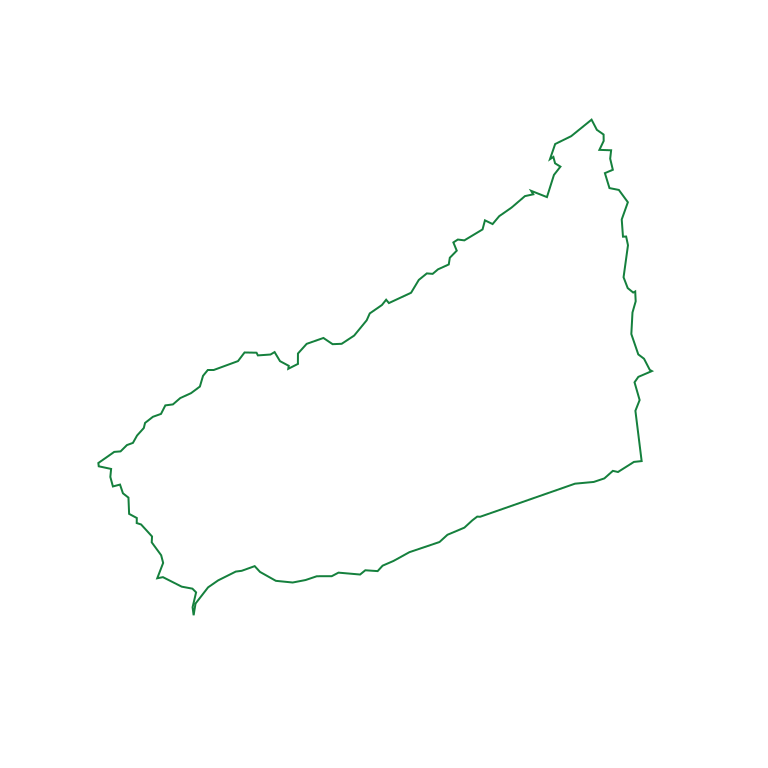 the district of Sabana Grande, Puerto Rico, rotated 249°
{"feature_id": "32010507B75385712317101", "entity_name": "Sabana Grande", "entity_type": "district", "adm_level": 2, "iso_a3": "PRI", "parent_name": "Puerto Rico", "parent_adm1": "", "projection": "equal_earth", "projection_center": [-66.935, 18.087], "detail": "fine", "context": "isolated", "style": "outline", "palette": "green", "viewbox_px": 768, "rotation_deg": 249, "n_neighbors": 0, "source": "geoboundaries", "source_scale": "gbopen_adm2", "svg_char_len": 2007}
<svg xmlns="http://www.w3.org/2000/svg" viewBox="0 0 768 768"><g transform="rotate(249 384 384)"><path d="M412.6,89.0L409.4,88.2L402.5,98.8L395.3,95.2L385.5,94.2L384.7,101.5L375.5,101.1L369.5,104.7L354.1,99.5L347.5,105.2L342.8,103.3L339.9,106.9L324.8,112.8L319.4,110.4L304.0,114.6L296.1,113.7L283.9,102.7L282.9,108.4L267.3,122.5L261.6,131.8L256.8,133.9L244.2,125.3L236.3,123.4L240.5,125.8L246.6,129.4L257.2,146.9L260.1,158.8L262.0,178.4L260.6,184.2L260.3,198.0L253.0,200.9L239.0,212.5L231.4,227.6L229.1,240.5L228.6,252.4L223.3,266.3L224.2,273.9L214.7,293.4L216.8,299.8L211.6,311.0L214.9,317.6L215.4,329.4L217.9,347.5L216.6,379.2L220.5,389.2L221.1,407.6L225.1,417.7L226.8,423.5L225.6,426.2L222.5,526.6L217.4,544.7L216.9,555.9L220.9,566.5L218.0,570.9L221.7,589.4L219.7,596.9L268.9,609.1L277.4,616.9L295.8,618.5L299.5,624.0L300.1,638.7L301.9,637.2L314.4,635.8L320.5,632.0L342.0,632.8L361.7,641.6L371.0,648.6L380.4,651.7L380.1,649.4L386.2,645.9L397.8,645.9L426.1,661.5L434.9,662.9L435.9,659.9L452.4,664.9L466.3,676.8L481.0,672.8L486.1,664.7L501.7,665.8L502.0,674.4L513.3,675.9L520.8,679.8L525.4,669.0L532.2,676.2L538.2,678.4L545.0,673.8L556.4,672.5L548.3,647.6L546.7,629.8L534.4,619.5L535.3,623.5L528.7,622.8L523.7,626.6L518.3,617.6L500.1,603.1L511.6,590.6L507.6,591.3L508.9,582.9L503.0,566.3L499.4,551.7L494.4,542.7L500.6,536.9L493.0,531.4L489.3,510.5L492.4,504.7L491.3,499.5L482.4,499.7L478.3,490.7L472.4,487.3L471.7,475.5L469.4,468.9L471.9,463.6L468.7,453.8L459.5,442.0L457.8,417.6L461.9,416.2L458.5,410.4L455.0,396.0L449.7,390.7L439.9,373.5L436.7,358.9L439.6,350.3L448.7,343.9L449.2,326.2L443.3,314.6L435.4,311.5L433.6,310.9L432.5,300.1L435.1,301.6L442.6,295.1L453.0,293.3L452.2,288.6L455.9,276.5L458.9,276.2L463.4,265.1L457.7,255.9L458.1,230.0L460.2,224.5L456.5,218.0L447.6,211.2L444.6,200.5L443.9,188.8L440.6,179.6L442.4,172.2L436.0,165.1L436.2,156.5L433.3,147.0L429.0,144.0L424.4,135.0L419.0,128.5L419.1,122.1L415.5,113.9L417.3,107.8L412.6,89.0Z" fill="none" stroke="#15803d" stroke-width="2"/></g></svg>